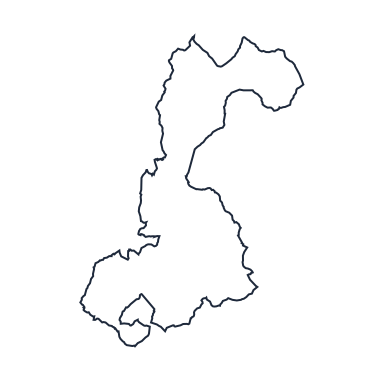 the district of Bicaz-Chei, Neamt, Romania, rotated 276°
{"feature_id": "2599482B72252558499545", "entity_name": "Bicaz-Chei", "entity_type": "district", "adm_level": 2, "iso_a3": "ROU", "parent_name": "Romania", "parent_adm1": "Neamt", "projection": "mercator", "projection_center": [25.891, 46.819], "detail": "fine", "context": "isolated", "style": "outline", "palette": "slate", "viewbox_px": 384, "rotation_deg": 276, "n_neighbors": 0, "source": "geoboundaries", "source_scale": "gbopen_adm2", "svg_char_len": 6001}
<svg xmlns="http://www.w3.org/2000/svg" viewBox="0 0 384 384"><g transform="rotate(276 192 192)"><path d="M310.5,291.5L320.4,286.5L327.9,281.3L328.9,281.0L330.8,279.2L332.1,277.5L332.4,275.8L334.7,272.2L336.3,270.5L341.6,268.8L342.5,266.7L342.4,265.5L343.0,262.9L341.9,261.0L340.4,259.7L340.4,256.9L339.2,254.3L338.9,251.1L339.8,248.3L339.1,246.8L340.2,243.7L342.5,242.2L343.7,240.1L344.8,239.9L345.7,238.8L346.2,236.7L347.4,234.1L348.5,233.2L349.0,231.7L351.4,228.0L351.3,227.1L350.0,226.2L345.7,225.8L342.1,224.5L340.6,224.7L338.8,223.2L336.6,222.7L333.7,221.0L331.5,220.3L329.8,218.3L328.1,217.2L323.5,212.6L320.2,208.7L319.7,207.5L319.9,204.7L320.3,203.7L326.8,198.1L328.9,194.8L332.0,192.8L334.5,187.9L338.6,183.4L339.8,181.1L341.9,178.7L344.2,177.2L345.6,177.8L347.2,177.8L346.0,176.9L344.6,176.9L344.4,176.7L345.3,176.1L340.6,173.8L337.3,174.8L332.5,170.7L332.0,169.9L332.0,169.0L332.5,168.2L332.5,165.5L333.1,163.2L330.3,161.2L328.8,158.9L327.9,158.3L322.3,157.4L320.6,155.3L319.9,155.3L318.5,156.0L315.3,158.9L312.8,159.3L311.8,160.3L310.9,160.6L305.2,158.4L302.5,158.7L300.1,154.8L298.0,153.4L296.3,153.3L294.9,152.6L291.9,154.9L289.9,154.6L289.0,153.9L288.2,154.4L284.9,152.4L280.3,151.7L278.4,149.5L272.5,147.4L271.1,148.0L268.9,150.1L265.7,151.3L265.1,152.2L260.1,151.9L258.3,152.6L256.4,152.5L254.7,154.7L252.6,156.0L249.8,156.1L247.0,157.1L238.2,155.9L230.5,158.4L229.3,159.6L227.7,160.5L226.1,162.3L223.5,161.4L223.3,160.2L222.9,159.8L222.1,159.2L221.3,159.8L220.7,158.9L221.1,157.9L221.7,157.6L221.4,156.6L220.6,155.7L221.0,155.4L221.3,154.4L220.1,154.1L221.0,152.8L220.1,151.4L218.0,152.0L211.9,154.7L210.4,154.2L208.7,152.9L205.3,152.3L206.1,151.2L204.4,150.5L205.7,149.7L206.1,147.3L207.5,145.8L209.2,145.0L209.1,144.4L206.6,143.8L203.6,141.5L200.8,140.3L188.7,141.3L185.1,140.6L184.1,141.9L182.0,141.4L178.3,142.2L175.5,142.2L171.3,141.1L167.2,141.1L162.5,143.2L157.7,144.3L157.6,145.2L156.4,147.0L156.4,147.8L157.2,149.7L156.2,149.3L153.9,149.7L151.0,147.6L150.7,146.0L149.9,144.5L147.7,143.4L144.6,143.0L144.1,143.5L143.7,145.4L144.8,145.7L144.8,146.5L144.0,148.9L143.4,149.1L142.5,150.6L143.4,153.4L143.6,154.7L143.4,155.6L143.8,156.8L144.1,160.4L143.8,160.2L144.5,161.8L144.7,164.2L141.1,163.4L138.8,163.4L137.6,162.8L135.9,162.8L134.6,161.7L134.0,160.2L135.6,157.1L135.4,153.9L134.5,152.1L133.4,151.2L131.0,147.6L126.7,146.6L125.1,145.4L124.3,145.3L127.7,140.2L127.3,138.2L128.4,136.6L128.2,135.5L126.9,135.7L126.6,134.7L121.2,135.1L119.4,135.9L118.0,135.2L120.6,128.3L124.1,126.4L126.2,125.9L122.5,121.6L122.0,121.6L121.8,121.3L122.4,120.6L122.1,120.0L120.4,118.4L119.8,118.6L119.6,116.4L117.8,114.2L117.1,111.5L115.2,110.6L115.1,109.6L114.2,108.0L114.4,107.6L112.6,106.1L111.1,103.5L107.5,102.9L106.8,102.0L105.3,102.7L100.2,102.1L98.0,102.5L95.0,100.7L90.6,100.1L87.6,98.3L85.5,98.0L84.5,97.2L78.2,96.2L77.1,94.9L74.9,93.4L73.3,93.7L70.5,92.5L68.5,94.5L68.3,95.3L66.2,97.1L65.6,97.1L65.4,96.5L65.0,97.0L63.4,96.5L62.4,97.7L61.2,100.4L61.6,101.9L59.3,103.7L57.8,106.7L58.1,107.8L54.6,107.5L54.7,109.1L56.2,110.9L56.1,112.3L52.9,116.3L53.4,117.6L53.2,119.7L50.6,123.4L50.4,126.3L49.7,127.0L49.4,128.4L48.0,129.5L48.4,130.0L45.4,132.6L45.7,133.5L40.4,134.9L38.5,136.2L36.3,138.7L35.5,140.3L34.2,141.0L32.9,143.1L32.6,148.8L33.2,150.7L32.6,151.4L36.0,153.8L38.5,157.7L42.4,160.9L44.6,163.4L46.5,164.0L53.7,164.1L54.4,160.7L54.0,159.3L54.2,158.1L57.0,152.9L58.5,151.5L59.3,151.4L57.4,148.5L54.5,147.3L52.8,145.2L52.8,144.6L54.2,143.0L54.2,138.2L53.5,134.9L55.7,134.6L57.2,133.3L59.1,133.5L62.5,135.1L65.2,135.4L65.9,135.6L66.6,136.8L70.4,138.5L70.3,139.6L71.3,140.7L74.1,142.7L79.5,148.0L80.0,149.9L80.6,150.6L82.2,151.1L84.0,151.0L84.9,151.9L85.2,152.5L85.0,152.8L71.6,166.8L70.7,166.6L69.5,167.0L69.4,166.5L68.4,166.8L66.7,165.9L65.5,166.0L63.9,165.3L62.1,165.7L57.9,164.9L56.6,170.9L55.2,173.5L54.8,175.0L50.7,179.8L54.3,181.1L57.4,187.0L57.5,187.8L56.6,188.5L56.4,189.3L58.2,194.5L59.8,197.0L60.3,200.7L60.1,202.2L60.8,203.1L66.3,203.9L66.4,204.5L67.5,205.0L68.4,206.5L69.0,206.8L70.4,207.0L72.6,206.6L74.1,207.1L76.8,209.3L77.9,211.9L81.1,213.1L82.4,214.2L83.8,213.9L85.2,212.7L86.9,213.8L87.6,215.1L87.9,216.8L88.5,217.3L86.6,218.0L84.9,221.4L81.5,223.2L80.5,224.7L80.4,226.1L80.8,228.1L82.0,230.7L81.8,231.7L83.2,231.9L84.5,233.0L86.9,234.1L88.6,237.7L90.2,239.1L89.0,243.5L88.8,247.9L89.9,252.0L90.7,253.0L91.2,254.6L93.2,257.0L96.1,259.2L97.2,262.2L100.9,263.4L104.4,266.9L105.3,265.3L110.8,258.9L115.3,256.1L116.0,257.1L116.4,258.8L117.4,259.0L118.3,260.8L119.3,260.2L120.9,258.3L121.7,255.7L121.9,253.3L123.4,251.1L124.4,250.5L127.6,249.6L129.0,249.9L134.0,249.3L137.7,250.2L142.6,252.7L144.1,248.3L145.4,248.5L146.3,246.8L146.8,247.1L153.6,242.3L154.1,243.0L156.4,242.7L159.9,243.3L161.4,244.2L162.3,243.2L164.8,242.0L166.7,239.2L166.0,237.4L167.6,236.7L168.7,235.3L172.7,234.3L175.3,231.2L176.4,227.5L177.2,226.6L179.7,225.1L180.5,225.1L181.9,223.9L184.7,222.9L186.4,220.9L190.5,220.1L192.4,218.6L193.9,216.1L194.0,214.8L195.2,214.4L196.4,212.7L196.0,211.4L197.4,210.2L197.8,209.2L197.5,207.4L195.8,204.4L195.8,202.5L195.3,201.9L195.4,196.5L195.2,196.0L197.1,190.6L198.1,188.7L199.7,187.5L200.9,187.1L201.4,187.7L204.9,184.8L207.0,184.2L207.0,185.1L208.7,185.3L211.0,186.4L234.8,190.3L237.7,192.8L239.5,195.1L241.2,196.3L242.7,198.1L247.1,200.6L247.8,201.6L249.4,202.7L250.7,204.8L253.8,206.5L257.1,211.1L257.8,212.7L258.3,213.0L259.2,215.8L262.1,217.2L265.4,216.2L273.4,216.8L273.5,216.2L276.8,215.9L280.0,214.9L281.4,215.9L284.3,216.3L286.1,215.9L288.3,217.0L290.2,217.1L292.3,219.5L294.8,220.9L298.8,228.6L298.5,232.6L299.5,241.8L298.3,242.7L297.1,244.5L296.1,247.1L292.5,251.2L291.8,251.6L290.6,251.4L288.0,252.9L286.5,253.0L284.9,255.5L283.8,258.3L284.3,261.6L283.2,263.4L281.4,265.0L281.5,265.8L282.5,268.5L283.0,268.6L283.6,269.7L285.3,270.1L284.9,270.8L285.0,271.9L285.9,273.8L286.3,275.7L289.0,280.5L293.0,280.8L296.5,283.1L298.2,283.0L301.3,285.0L304.7,285.2L305.9,285.9L307.3,288.1L310.5,291.5Z" fill="none" stroke="#1e293b" stroke-width="2"/></g></svg>